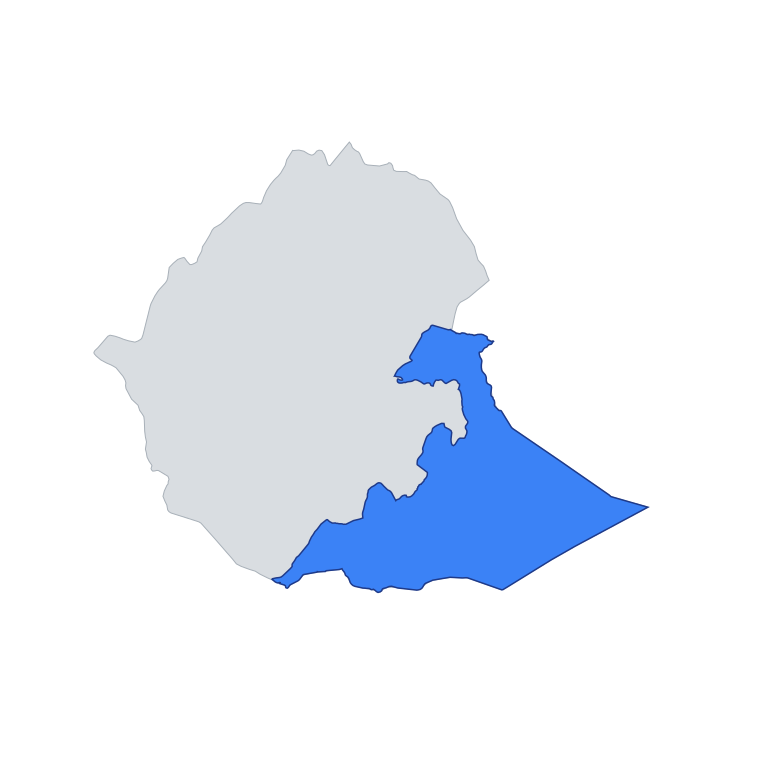 Ethiopia, with Somali highlighted, rotated 16°
{"feature_id": "ETH-3134", "entity_name": "Somali", "entity_type": "Administrative State", "adm_level": 1, "iso_a3": "ETH", "parent_name": "Ethiopia", "parent_adm1": "", "projection": "mercator", "projection_center": [42.488, 7.246], "detail": "fine", "context": "in_parent", "style": "filled", "palette": "blue", "viewbox_px": 768, "rotation_deg": 16, "n_neighbors": 0, "source": "natural_earth", "source_scale": "10m", "svg_char_len": 9815}
<svg xmlns="http://www.w3.org/2000/svg" viewBox="0 0 768 768"><g transform="rotate(16 384 384)"><path d="M183.5,526.6L182.9,525.8L179.6,523.1L176.4,519.6L174.5,515.6L172.6,512.4L171.7,505.2L169.3,500.8L167.0,495.4L163.6,485.0L162.1,481.5L159.4,479.1L156.5,476.8L153.4,472.2L145.6,468.2L142.5,465.0L137.3,459.6L136.0,456.8L135.6,454.1L134.0,451.5L131.1,448.6L122.0,442.3L119.5,441.6L116.3,440.9L111.5,440.3L105.1,438.9L99.6,436.4L97.0,434.7L96.4,433.5L96.9,431.5L99.0,428.0L102.8,419.8L105.4,414.2L107.2,412.6L112.2,412.2L117.4,412.4L121.2,412.8L126.6,412.9L133.1,412.4L135.6,410.5L137.6,408.4L138.5,407.0L138.8,403.3L138.7,400.4L138.3,389.2L138.1,382.3L137.8,374.4L137.8,372.8L137.9,370.8L139.5,362.4L141.0,357.5L142.0,355.0L146.0,347.0L146.8,344.4L146.9,342.0L145.4,331.2L148.1,326.1L151.4,321.1L154.4,318.9L156.8,317.5L158.0,318.1L160.8,320.4L164.5,322.7L166.2,322.2L168.7,320.2L170.6,318.1L170.4,314.3L172.1,306.5L171.7,302.0L173.5,296.3L175.5,288.5L176.4,283.5L177.6,280.8L182.9,275.3L187.6,267.5L190.5,261.8L196.1,252.5L199.0,249.1L201.3,247.6L204.7,246.7L211.2,245.8L215.8,245.0L216.4,243.8L216.8,241.9L216.9,237.8L217.8,230.6L219.8,223.6L222.1,218.3L223.4,215.9L224.9,213.5L226.6,209.6L228.8,201.0L228.7,195.2L231.8,184.6L232.5,184.6L237.7,182.6L242.8,182.3L247.8,183.7L251.0,184.0L252.5,183.3L253.9,181.6L255.1,178.7L257.1,177.1L259.9,176.8L263.6,180.0L269.5,188.6L271.0,189.1L272.0,188.9L274.9,182.0L277.2,176.7L281.5,166.7L284.0,161.0L286.3,162.7L288.5,165.6L291.1,166.9L293.9,167.8L295.2,167.9L296.9,169.0L302.9,176.1L305.0,177.8L307.8,178.0L319.6,175.7L326.7,171.5L327.7,169.9L329.7,169.9L332.0,171.7L332.9,173.5L334.4,175.8L337.2,176.2L344.0,174.5L347.2,173.5L350.1,174.3L353.6,175.0L355.9,175.0L361.2,177.3L367.6,176.6L370.6,176.7L373.7,177.7L378.8,181.4L385.4,185.9L394.8,189.1L396.7,190.4L401.3,195.5L408.3,205.2L417.6,214.6L427.6,221.9L433.0,227.0L436.6,233.3L440.2,238.9L443.8,241.3L447.2,243.3L450.7,247.6L453.1,251.2L456.5,255.3L452.8,260.9L447.7,268.3L441.9,277.0L440.1,279.2L434.9,284.4L434.1,285.9L433.0,289.7L433.0,296.6L433.6,305.4L434.3,313.5L437.1,314.5L440.4,315.1L444.0,314.0L448.4,313.1L453.8,312.6L459.9,310.9L463.4,309.6L467.2,309.7L470.5,311.1L472.1,312.4L474.4,312.9L477.4,312.8L476.8,314.3L475.1,316.6L473.1,318.8L471.3,321.1L467.3,327.6L467.2,328.4L467.7,329.7L469.9,332.6L472.1,337.4L473.4,341.8L474.3,343.9L477.1,346.3L481.0,351.3L483.1,354.7L487.4,356.5L488.8,360.8L492.0,367.1L495.6,372.1L498.9,376.0L502.7,377.5L504.2,377.6L512.2,384.9L518.2,390.4L519.7,391.3L530.6,394.9L543.1,399.1L553.1,402.4L565.9,406.7L578.5,410.8L590.3,414.9L607.0,420.5L620.4,425.0L630.9,428.6L633.2,429.7L671.6,429.7L662.1,438.9L651.4,449.3L640.1,460.3L632.9,467.3L621.4,478.5L611.8,487.8L602.0,497.9L593.1,507.1L581.5,519.8L574.0,528.0L562.3,540.8L554.9,548.9L553.8,549.4L543.3,548.8L533.0,548.2L519.9,547.4L518.4,547.4L514.6,548.2L512.2,548.9L502.8,551.1L501.1,551.7L493.2,555.2L485.2,559.2L481.0,562.4L477.8,566.9L476.4,570.1L474.9,571.6L472.4,572.8L455.7,575.9L450.8,576.3L442.9,578.7L438.8,582.8L437.6,584.9L431.9,584.9L422.1,585.5L417.9,586.1L415.9,586.2L412.1,586.2L409.0,585.5L407.0,584.4L404.4,581.8L398.7,576.7L394.6,573.5L385.5,577.2L377.4,580.9L365.8,586.1L359.2,589.8L357.2,593.5L352.1,600.3L347.5,604.5L345.8,605.0L335.5,604.1L331.8,603.3L325.6,602.5L317.3,601.0L311.8,599.4L305.8,599.3L297.1,598.7L291.7,597.6L286.3,593.8L279.3,589.3L272.1,584.6L264.7,579.8L256.0,574.3L246.4,568.2L244.2,567.6L243.3,567.5L232.9,567.2L222.1,566.9L214.8,566.7L212.5,566.0L210.8,564.7L208.6,560.2L205.7,557.0L202.5,552.9L202.3,547.4L203.2,541.5L204.0,539.5L203.5,537.5L203.6,534.8L201.8,532.3L191.2,529.4L189.5,529.6L187.8,530.7L185.7,531.5L184.3,530.7L183.4,529.6L183.4,527.9L183.5,526.6Z" fill="#d9dde1" stroke="#a8b0b8" stroke-width="1"/><path d="M671.6,429.7L611.9,487.8L593.1,507.1L558.0,545.7L555.0,548.9L553.8,549.4L517.6,547.3L516.2,547.6L512.9,548.8L500.7,551.6L485.0,559.1L478.9,564.1L478.6,564.5L478.3,564.9L477.8,566.2L477.1,568.9L476.6,570.1L475.4,571.5L473.9,572.4L472.3,573.1L453.4,576.3L447.2,576.3L446.0,576.7L444.6,577.3L442.5,579.1L439.8,580.7L439.1,581.3L438.8,582.1L438.8,583.3L438.6,583.7L438.1,584.2L437.6,584.9L435.7,586.0L434.0,585.7L432.3,584.8L430.5,584.2L428.9,585.1L428.3,585.2L427.8,585.1L426.7,584.7L426.1,584.7L423.1,585.4L422.0,585.5L420.1,586.0L411.9,586.5L409.9,586.3L408.0,585.5L406.3,584.2L403.8,580.7L402.8,579.8L402.2,579.4L400.4,578.8L399.7,578.4L399.3,578.0L398.7,576.9L397.7,575.8L395.4,574.2L394.5,573.1L392.1,574.7L379.9,579.4L379.7,579.6L379.5,580.2L379.3,580.4L372.3,582.8L372.2,582.8L372.0,582.7L371.6,582.7L371.6,582.8L371.6,583.1L371.5,583.3L359.4,589.2L358.6,590.1L356.8,595.0L356.2,596.1L355.4,597.1L349.9,602.2L348.9,603.4L348.1,605.9L347.4,606.9L346.2,607.0L345.6,606.6L345.3,606.1L345.1,605.6L344.8,605.1L343.6,604.7L338.8,604.6L339.1,603.9L339.0,603.5L338.5,603.5L336.7,604.5L335.3,604.5L333.8,604.2L330.3,602.6L330.7,602.2L330.5,601.9L333.6,600.2L336.9,598.8L338.4,597.8L339.6,596.2L344.9,587.2L346.0,584.8L345.5,583.2L345.4,582.5L345.6,581.7L346.8,578.4L347.6,575.0L347.9,574.5L349.3,572.7L355.3,558.8L355.6,557.7L355.7,555.5L356.4,551.3L357.5,548.1L358.3,545.0L359.8,542.1L362.1,536.0L365.8,530.8L366.6,530.1L367.2,530.1L368.3,530.7L369.7,531.3L372.4,531.9L373.2,531.8L375.2,531.1L375.5,531.0L376.5,531.1L377.7,530.8L379.3,530.7L382.1,530.0L383.9,530.0L384.3,529.9L384.5,529.7L385.5,529.5L386.2,529.2L392.3,523.7L397.8,520.6L400.6,518.6L399.3,515.3L399.0,514.2L398.9,513.1L399.0,510.0L398.5,502.7L398.7,500.7L399.0,499.7L399.1,498.8L399.2,497.8L399.1,496.8L398.9,496.0L398.6,495.1L398.4,494.2L398.5,492.6L398.2,490.7L398.4,489.9L399.9,487.2L400.6,486.3L402.8,484.2L404.7,481.6L405.5,480.8L406.4,480.3L408.3,480.2L410.1,481.1L412.0,482.3L416.7,484.8L418.7,485.1L419.6,485.4L420.5,485.9L421.3,486.5L427.5,492.9L427.9,492.0L428.5,491.5L430.0,490.5L430.6,489.8L431.9,487.2L432.9,486.1L434.6,485.1L436.1,484.9L436.7,486.2L437.6,486.2L438.5,486.0L439.4,485.6L440.2,485.2L440.5,485.0L441.5,483.9L441.8,483.5L441.9,483.2L442.1,482.9L442.6,482.1L442.9,481.4L443.6,478.7L444.7,477.1L445.1,476.2L444.7,475.5L445.0,475.0L445.1,474.6L444.9,473.8L445.0,473.3L445.4,472.7L445.4,472.4L445.6,471.4L446.0,470.9L447.3,470.2L447.2,469.7L447.4,469.4L447.6,469.2L447.8,469.0L448.3,467.8L448.8,467.0L449.0,466.6L449.1,466.1L449.1,465.2L449.1,464.8L449.3,464.5L450.0,463.3L450.6,461.5L450.7,459.7L450.2,457.3L450.0,457.0L438.2,452.4L437.9,451.8L437.6,450.6L437.2,448.5L437.2,447.7L437.3,446.9L437.8,445.3L439.6,441.4L440.2,439.2L440.0,437.5L439.3,436.4L439.0,435.5L438.9,434.5L439.4,425.1L439.7,422.9L440.5,421.1L442.7,418.0L443.1,417.0L443.2,416.0L443.0,413.7L443.3,412.8L444.7,410.9L446.3,409.2L450.0,406.1L452.5,405.4L454.0,408.2L454.6,408.7L459.2,409.6L461.4,410.5L462.5,412.1L463.6,418.6L464.3,420.6L465.2,422.5L466.4,423.9L467.7,424.1L469.0,422.5L470.6,416.9L471.6,415.4L472.4,415.0L475.8,414.1L476.5,413.6L476.7,412.7L476.7,411.7L477.1,409.8L477.1,408.7L477.0,407.6L476.8,406.7L476.4,405.9L474.4,403.9L474.0,402.1L475.2,398.5L474.9,397.0L474.2,396.3L472.5,395.1L471.8,394.4L469.1,391.4L466.7,387.6L466.0,386.1L466.0,385.4L466.0,384.4L465.9,384.1L465.2,383.4L464.8,382.6L463.5,378.9L463.4,378.3L463.3,377.4L463.2,377.1L460.7,372.1L459.5,370.3L458.1,368.9L456.9,368.7L457.1,364.9L456.6,363.2L455.1,362.7L453.6,361.1L451.8,360.4L449.8,360.6L448.0,361.8L443.6,366.3L442.9,366.4L441.8,366.0L438.9,364.4L437.9,364.2L436.9,364.4L435.0,365.6L434.3,365.6L432.9,365.9L432.1,368.0L431.7,370.6L431.9,372.3L430.9,372.6L430.0,372.5L429.1,372.1L428.6,371.3L428.1,370.8L427.2,370.6L426.3,370.7L425.4,371.0L424.6,371.4L423.3,372.5L422.6,372.9L421.7,372.8L418.8,371.8L415.6,371.2L414.0,371.1L412.5,371.4L412.1,371.7L411.0,372.8L410.2,373.5L409.4,374.0L408.5,374.4L406.7,375.1L405.9,375.5L405.1,376.0L404.4,376.6L404.0,376.8L403.6,376.9L403.2,376.9L402.8,377.0L402.4,377.2L401.2,378.0L399.5,378.6L398.5,378.8L397.7,378.8L396.9,378.5L396.3,378.0L395.9,377.2L395.7,376.2L395.9,375.4L396.5,375.3L398.3,375.7L399.2,375.6L400.2,375.4L400.7,374.9L400.3,374.1L398.5,373.0L396.7,373.0L394.8,373.4L392.7,373.4L392.3,373.3L391.9,373.5L392.3,370.8L393.0,368.0L393.5,366.5L396.9,361.2L399.0,358.8L403.9,354.6L404.5,353.7L404.1,353.2L402.4,352.5L401.8,352.0L401.4,351.0L401.4,350.0L406.9,328.8L407.0,327.7L406.7,326.1L406.8,325.3L407.2,324.5L408.5,322.9L411.5,320.0L412.5,318.2L412.8,317.2L412.9,316.1L413.2,315.1L414.0,314.3L414.8,314.1L430.2,314.2L431.3,314.1L432.0,313.8L432.6,313.4L433.1,313.2L433.3,313.6L434.3,313.9L438.8,314.9L439.0,315.1L439.1,315.3L439.3,315.5L439.6,315.5L439.8,315.4L440.0,315.2L440.3,315.1L442.4,315.0L443.5,314.7L444.7,313.5L445.7,313.2L447.8,312.9L449.8,313.4L450.5,313.4L451.0,313.3L452.4,312.6L452.7,312.6L453.4,312.6L453.8,312.6L455.0,312.2L455.9,312.3L456.5,312.5L457.1,312.6L457.9,312.2L460.4,310.5L463.9,309.4L465.7,309.3L468.4,309.9L469.3,310.0L470.0,310.2L471.0,312.4L471.6,312.9L472.5,313.1L474.1,313.3L475.0,313.5L475.5,313.6L476.1,313.4L476.5,313.0L476.9,312.6L477.5,312.8L477.0,313.7L476.6,315.3L476.3,315.9L475.7,316.5L474.1,317.1L473.5,317.8L473.2,318.5L473.0,319.2L472.8,319.8L472.2,320.4L470.8,321.5L470.4,322.2L470.0,323.1L469.6,324.7L469.3,325.5L468.9,326.1L468.1,326.6L467.4,326.8L466.9,327.2L466.9,328.0L467.7,329.7L468.7,331.4L470.8,333.4L471.4,334.2L471.8,335.3L472.3,338.8L473.0,341.3L474.1,343.7L475.1,344.9L478.8,347.3L479.7,348.3L480.4,349.4L480.9,350.7L481.2,352.0L481.9,353.8L483.0,354.9L484.4,355.4L486.2,355.7L487.6,356.4L488.3,357.6L489.4,363.8L490.0,365.4L490.8,366.3L491.8,366.6L492.2,366.7L492.5,367.1L492.9,368.0L493.1,368.4L493.5,368.7L494.3,369.2L494.6,369.6L495.5,371.4L495.7,372.1L495.8,373.4L496.0,374.1L496.5,374.7L501.5,377.7L502.2,377.8L503.1,377.4L503.7,377.4L504.3,377.7L518.2,390.4L519.7,391.3L577.0,410.3L586.6,413.6L630.9,428.6L633.2,429.7L671.6,429.7Z" fill="#3b82f6" stroke="#1e3a8a" stroke-width="1.5"/></g></svg>